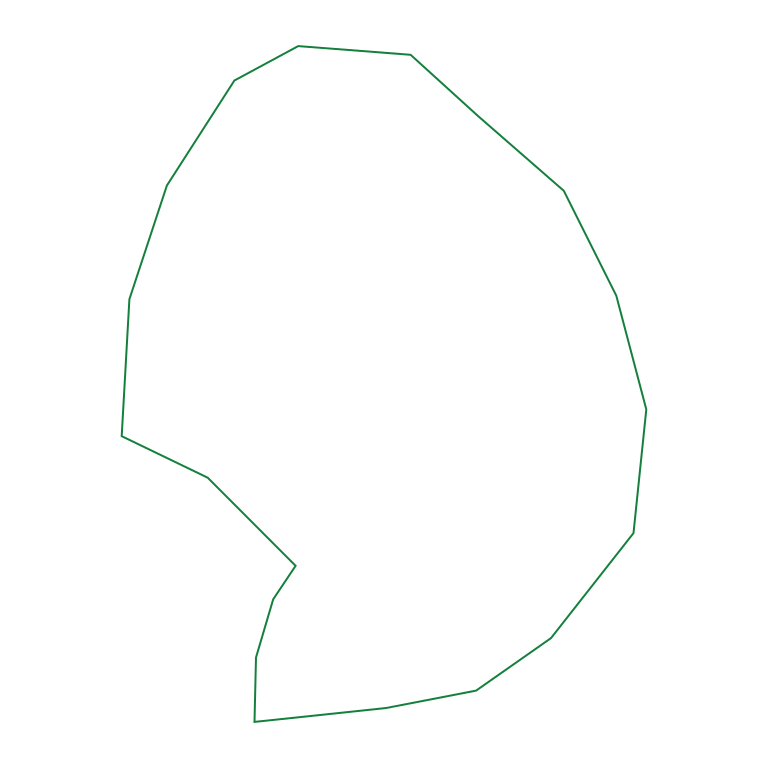 the border of Ville de N'Djamena
{"feature_id": "TCD-4857", "entity_name": "Ville de N'Djamena", "entity_type": "Capital", "adm_level": 1, "iso_a3": "TCD", "parent_name": "Chad", "parent_adm1": "", "projection": "natural_earth1", "projection_center": [15.064, 12.118], "detail": "fine", "context": "isolated", "style": "outline", "palette": "green", "viewbox_px": 768, "rotation_deg": 0, "n_neighbors": 0, "source": "natural_earth", "source_scale": "10m", "svg_char_len": 364}
<svg xmlns="http://www.w3.org/2000/svg" viewBox="0 0 768 768"><path d="M254.5,721.9L256.0,657.5L273.2,599.3L295.6,565.8L207.7,477.7L121.7,436.2L129.4,299.2L166.9,185.5L234.4,80.5L298.2,46.1L410.6,54.8L478.1,116.1L563.8,190.8L616.3,295.7L646.3,409.4L633.5,533.1L551.0,638.1L476.1,690.6L386.1,708.0L254.5,721.9Z" fill="none" stroke="#15803d" stroke-width="2"/></svg>